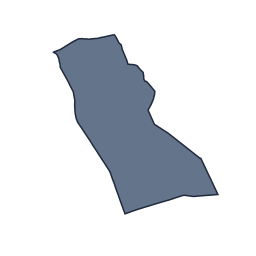 the district of Malem Hodar, Kaffrine, Senegal, rotated 149°
{"feature_id": "50182788B13883389428586", "entity_name": "Malem Hodar", "entity_type": "district", "adm_level": 2, "iso_a3": "SEN", "parent_name": "Senegal", "parent_adm1": "Kaffrine", "projection": "equal_earth", "projection_center": [-15.234, 14.358], "detail": "fine", "context": "isolated", "style": "filled", "palette": "slate", "viewbox_px": 256, "rotation_deg": 149, "n_neighbors": 0, "source": "geoboundaries", "source_scale": "gbopen_adm2", "svg_char_len": 2918}
<svg xmlns="http://www.w3.org/2000/svg" viewBox="0 0 256 256"><g transform="rotate(149 128 128)"><path d="M81.2,64.6L81.9,65.0L96.2,102.7L103.5,117.6L101.6,133.0L95.8,136.4L91.2,139.8L88.2,142.8L86.1,145.6L87.0,152.2L88.2,158.4L89.3,159.2L89.3,161.8L87.5,165.0L86.4,168.0L87.5,172.2L88.1,176.8L90.4,179.3L95.2,182.7L94.2,186.5L92.5,198.1L91.0,202.7L91.9,205.5L91.6,209.9L91.5,214.2L91.8,214.8L91.9,215.1L92.4,215.2L93.1,215.5L93.7,215.8L94.2,215.9L94.9,216.1L95.4,216.3L96.0,216.5L96.8,216.8L97.5,217.1L98.3,217.3L98.7,217.4L99.8,217.8L100.7,218.1L101.7,218.4L102.4,218.6L103.1,219.1L103.8,219.1L104.6,219.6L105.3,219.7L105.6,219.7L106.5,220.1L107.4,220.4L108.6,220.8L109.1,221.0L109.7,221.4L110.3,221.8L110.9,222.0L111.4,222.3L111.9,222.4L112.0,222.5L112.3,222.7L113.5,223.2L114.2,223.5L115.1,224.0L115.9,224.3L116.4,224.6L117.1,225.3L117.8,225.9L118.8,226.3L119.5,226.9L120.3,227.4L120.8,227.9L121.6,228.4L122.1,228.7L122.9,229.0L123.1,229.1L123.3,229.3L123.6,229.3L123.8,229.5L124.0,229.6L124.3,229.8L124.5,229.9L125.0,229.9L125.3,229.9L125.6,230.0L126.1,230.1L126.4,230.1L126.6,230.1L127.0,229.9L127.3,230.1L128.1,230.1L128.4,230.1L128.7,230.2L129.0,230.3L129.5,230.3L130.3,230.3L130.6,230.3L131.1,230.4L131.3,230.3L131.9,230.3L132.3,230.4L132.7,230.4L133.1,230.3L133.4,230.4L133.7,230.3L134.1,230.3L134.5,230.3L135.0,230.3L135.4,230.2L135.8,230.3L136.1,230.2L136.4,230.3L137.2,230.3L137.6,230.2L138.9,230.2L139.2,230.3L140.0,230.3L140.3,230.2L140.6,230.2L140.9,230.2L141.4,230.1L142.0,230.2L142.3,230.2L143.1,230.2L143.4,230.1L143.8,230.1L144.1,230.2L144.7,230.1L145.1,230.2L145.5,230.2L145.9,230.3L146.4,230.2L147.3,230.4L147.8,230.6L148.4,230.5L149.1,230.7L149.3,230.9L149.9,230.9L150.2,230.9L150.6,231.0L151.2,231.2L151.5,231.3L152.0,231.3L152.5,231.3L152.8,231.3L152.6,230.9L152.1,229.8L151.6,229.2L151.1,227.7L151.1,227.2L151.4,224.2L151.6,222.9L152.7,220.4L153.3,217.8L154.8,214.9L155.0,209.3L155.2,203.8L155.4,198.2L155.7,195.7L156.0,191.7L156.2,187.5L156.8,185.8L158.4,181.7L158.6,181.2L159.2,179.3L160.0,178.0L162.1,174.9L163.0,173.0L164.3,170.6L164.6,170.1L164.7,169.8L164.8,169.6L164.9,169.4L165.8,167.5L166.8,164.8L167.4,163.2L167.9,160.5L168.2,158.8L168.1,157.3L167.7,150.1L167.6,146.5L167.4,142.9L167.1,136.2L167.1,131.1L166.7,123.8L166.7,121.0L166.6,118.2L166.5,115.3L166.5,114.2L166.3,111.1L166.2,107.8L166.1,104.5L166.0,101.2L166.0,99.9L167.6,92.2L167.9,90.6L168.0,89.9L168.5,87.1L169.5,82.8L170.8,76.0L171.9,70.7L173.0,65.2L173.8,61.1L174.6,56.6L174.7,56.4L174.8,56.0L171.5,55.3L168.3,54.7L165.0,54.0L163.7,53.7L161.8,53.3L158.1,52.4L154.3,51.5L150.6,50.5L146.0,49.4L143.3,48.7L140.5,48.0L137.8,47.3L135.2,46.6L132.6,45.9L130.0,45.2L126.6,44.4L123.2,43.7L119.8,42.9L116.5,42.1L114.6,41.5L110.8,38.5L107.0,35.5L102.7,33.4L98.5,31.3L94.2,29.2L89.9,27.0L85.2,24.7L85.0,26.7L84.2,34.4L83.4,42.1L82.7,49.9L82.5,51.3L81.9,57.6L81.2,64.6Z" fill="#64748b" stroke="#1e293b" stroke-width="1.5"/></g></svg>